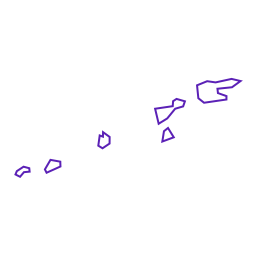 the border of Vanuatu, rotated 94°
{"feature_id": "VUT", "entity_name": "Vanuatu", "entity_type": "country or territory", "adm_level": 0, "iso_a3": "VUT", "parent_name": "Oceania", "parent_adm1": "", "projection": "robinson", "projection_center": [167.975, -16.976], "detail": "coarse", "context": "isolated", "style": "outline", "palette": "violet", "viewbox_px": 256, "rotation_deg": 94, "n_neighbors": 0, "source": "natural_earth", "source_scale": "50m", "svg_char_len": 727}
<svg xmlns="http://www.w3.org/2000/svg" viewBox="0 0 256 256"><g transform="rotate(94 128 128)"><path d="M80.1,27.1L82.6,41.5L86.9,40.7L89.3,32.0L92.7,31.8L97.5,53.9L93.4,59.9L80.6,62.1L75.8,52.3L76.4,43.8L71.8,28.1L73.3,19.0L80.1,27.1ZM105.5,82.3L115.7,89.5L121.6,97.7L106.9,102.3L103.1,84.9L98.1,84.9L95.6,81.6L97.4,73.1L102.6,74.5L105.5,82.3ZM178.3,206.1L175.1,208.0L165.2,203.1L166.3,193.2L171.1,192.7L178.3,206.1ZM144.8,145.3L150.0,152.0L147.7,156.4L137.4,155.7L138.4,152.4L133.9,152.6L138.2,145.7L144.8,145.3ZM139.1,92.8L128.7,91.9L125.2,88.1L134.1,81.7L139.1,92.8ZM184.2,232.3L182.2,237.0L178.8,235.9L173.9,229.5L175.0,223.7L178.4,223.1L179.3,228.7L184.2,232.3Z" fill="none" stroke="#5b21b6" stroke-width="2"/></g></svg>